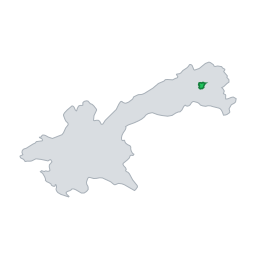 location of Thateng, Xékong, Laos, rotated 278°
{"feature_id": "54806243B20325716676417", "entity_name": "Thateng", "entity_type": "district", "adm_level": 2, "iso_a3": "LAO", "parent_name": "Laos", "parent_adm1": "Xékong", "projection": "natural_earth1", "projection_center": [106.496, 15.416], "detail": "fine", "context": "in_parent", "style": "filled", "palette": "green", "viewbox_px": 256, "rotation_deg": 278, "n_neighbors": 0, "source": "geoboundaries", "source_scale": "gbopen_adm2", "svg_char_len": 4802}
<svg xmlns="http://www.w3.org/2000/svg" viewBox="0 0 256 256"><g transform="rotate(278 128 128)"><path d="M92.7,27.8L93.8,30.1L99.0,36.3L99.9,37.9L101.8,39.2L103.3,44.7L104.0,45.1L104.9,44.7L105.5,43.9L106.1,41.8L106.5,41.6L107.1,43.3L108.5,43.8L109.2,44.6L109.3,45.9L109.1,47.3L107.9,50.4L107.1,54.6L112.2,63.6L114.3,64.8L119.4,66.3L122.9,68.3L124.5,67.8L126.1,65.6L127.9,64.3L131.4,62.4L132.4,62.3L134.3,63.1L137.4,65.3L142.1,69.5L141.9,70.6L141.1,71.7L138.5,73.3L137.7,74.4L138.2,74.8L140.3,75.1L142.8,76.0L143.6,77.1L144.0,79.6L144.4,80.1L146.7,79.8L147.4,80.2L148.3,81.0L149.1,83.0L149.1,84.6L146.8,87.3L146.5,89.0L145.3,90.9L142.1,94.2L141.3,94.4L135.5,92.6L130.8,92.8L130.5,93.5L131.2,95.5L131.5,97.5L130.7,99.0L128.1,100.9L128.0,101.7L128.5,102.6L132.4,104.4L144.7,113.8L150.3,115.6L152.8,116.8L153.4,117.5L153.4,118.3L152.7,119.3L152.2,121.2L152.2,122.3L152.8,123.4L153.7,125.0L157.2,128.5L159.7,129.4L162.4,133.5L163.2,137.1L164.5,139.4L170.9,147.1L176.3,151.9L179.4,157.0L181.0,158.2L181.5,160.1L181.9,165.5L183.8,168.2L184.2,169.3L185.0,170.1L185.8,170.2L187.7,168.5L188.1,168.7L189.0,171.6L189.8,172.6L192.6,174.4L195.6,177.8L197.2,179.1L199.3,180.1L199.6,181.2L199.2,182.3L198.5,183.0L195.0,185.0L194.6,185.9L196.9,190.3L202.7,195.7L204.5,199.0L204.2,200.6L202.6,203.7L201.3,204.6L201.0,205.6L201.9,208.2L201.8,212.2L200.7,213.1L199.7,215.6L199.0,215.8L197.2,214.9L193.4,219.1L191.8,218.9L189.9,221.2L187.5,221.6L185.8,219.8L182.3,217.0L181.0,215.2L179.9,216.7L178.0,218.2L175.3,217.7L174.6,219.8L174.1,220.2L170.9,220.5L170.3,220.9L170.8,222.8L172.7,226.1L173.3,227.9L172.1,231.0L168.8,230.9L167.3,229.7L165.4,227.1L161.1,225.4L158.3,226.5L157.4,226.5L155.3,224.3L154.5,222.9L154.0,220.8L157.2,219.1L158.9,217.8L160.0,216.4L160.4,214.9L161.0,208.9L161.4,206.7L161.2,204.1L160.3,202.0L160.3,199.0L160.8,196.5L162.0,195.2L162.9,193.4L163.4,189.4L163.0,188.3L161.8,187.3L159.7,186.4L158.5,185.2L157.9,183.8L158.0,182.5L158.6,181.4L157.1,180.2L153.4,178.9L151.3,177.3L150.8,175.4L149.3,173.0L146.6,169.9L145.2,165.6L145.1,159.9L145.4,155.3L146.6,149.9L145.1,146.0L143.4,144.0L141.0,142.5L138.7,140.3L136.6,137.5L134.0,133.4L131.1,127.9L129.0,125.4L128.0,126.0L125.8,125.5L122.5,123.9L119.7,123.0L117.2,122.9L115.6,123.3L114.8,124.1L114.8,124.9L115.4,125.8L115.1,126.4L113.8,126.9L112.7,127.8L111.5,129.8L110.7,132.4L109.5,133.4L107.6,133.6L105.7,134.4L103.9,135.7L103.0,136.7L103.1,137.3L102.7,137.5L101.8,137.1L101.4,136.2L101.5,134.8L100.6,133.9L98.6,133.5L96.5,132.0L92.4,128.2L91.4,128.0L90.0,129.0L88.3,131.1L86.8,132.0L85.6,131.5L84.7,132.3L84.1,134.2L82.9,135.7L77.3,139.8L72.3,145.1L71.0,145.6L68.0,144.1L67.0,143.1L71.3,132.3L71.9,129.7L71.8,126.2L70.1,123.3L70.0,122.5L70.3,121.6L72.4,118.2L75.0,109.6L74.8,106.9L73.8,104.0L73.2,101.2L73.7,97.4L73.6,95.9L72.4,95.1L68.6,94.4L66.4,95.0L65.3,96.0L64.0,96.7L61.6,97.1L59.4,95.8L57.5,93.6L57.1,90.9L59.5,85.1L60.1,82.9L60.0,81.8L59.6,80.7L59.1,80.6L57.9,79.2L56.7,76.8L55.6,75.7L54.5,76.0L53.6,76.9L52.0,79.1L51.5,78.8L52.9,70.9L54.3,67.5L55.9,65.9L57.5,65.2L59.3,65.5L60.7,65.2L61.9,64.4L61.8,63.9L60.4,63.8L59.9,62.9L60.2,61.2L60.8,60.1L61.8,59.6L62.7,57.8L63.6,54.9L64.7,53.5L66.0,53.4L68.2,52.2L71.3,49.7L72.5,47.3L73.7,48.4L73.2,51.2L73.8,51.8L74.1,52.7L73.9,54.3L74.2,55.6L74.6,56.2L75.3,56.6L78.6,55.4L80.6,55.3L83.9,57.4L85.8,55.9L85.9,55.3L84.3,53.4L84.8,46.4L84.7,41.1L82.0,37.2L81.5,35.6L81.2,33.0L80.5,30.8L82.4,29.0L83.5,25.8L84.8,25.0L85.3,25.1L86.9,27.6L89.0,26.4L90.6,26.4L91.9,27.0L92.7,27.8Z" fill="#d9dde1" stroke="#a8b0b8" stroke-width="1"/><path d="M182.6,192.2L182.4,192.2L182.2,192.1L182.1,192.3L182.0,192.2L181.9,192.2L181.8,192.3L181.7,192.3L181.4,192.3L181.2,192.3L181.2,192.2L181.0,191.9L180.9,191.9L180.7,192.0L180.4,192.0L180.2,192.2L180.2,192.3L180.2,192.5L180.1,192.9L180.0,193.0L179.9,193.0L179.7,193.0L179.4,193.0L179.2,192.9L178.8,192.8L178.7,192.8L178.4,192.8L178.2,192.8L178.2,192.7L177.9,192.6L177.7,192.7L177.6,192.8L177.4,193.1L177.4,193.3L177.4,193.5L177.2,193.6L176.9,193.8L176.9,194.0L176.9,194.3L176.9,194.5L177.0,194.6L177.2,194.8L177.3,194.8L177.4,195.0L177.4,195.3L177.3,195.5L177.3,196.0L177.5,196.2L177.7,196.3L177.9,196.4L178.1,196.5L178.2,196.8L178.3,197.1L178.6,197.3L178.8,197.4L179.0,197.4L179.4,197.1L179.7,197.1L180.0,197.1L180.3,197.1L180.5,197.2L180.6,197.3L180.8,197.4L181.0,197.4L181.1,197.5L181.3,197.5L181.5,197.5L181.8,197.6L182.0,197.6L181.9,197.6L182.0,197.6L182.1,197.8L182.2,197.7L182.3,197.7L182.5,197.7L182.5,197.8L182.7,198.0L182.8,198.0L183.0,198.1L183.2,198.4L183.1,197.2L183.3,196.7L183.5,196.6L183.5,196.4L183.5,196.2L183.6,195.9L183.4,195.7L183.2,195.3L182.9,195.2L182.7,195.1L182.6,194.9L182.6,194.7L182.9,194.3L182.9,194.2L182.9,193.9L182.9,193.7L182.8,193.4L182.9,193.2L182.7,192.6L182.6,192.2Z" fill="#22c55e" stroke="#15803d" stroke-width="1.5"/></g></svg>